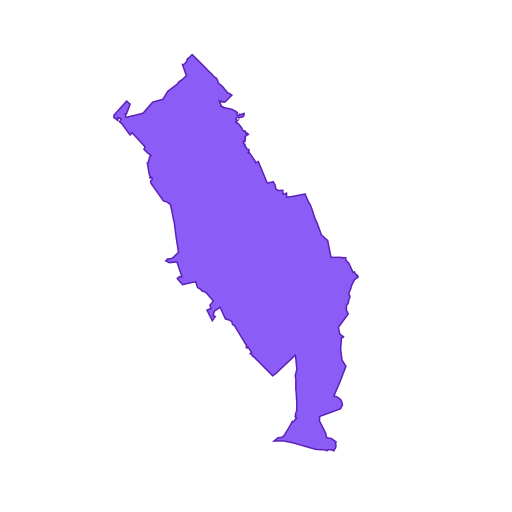 El Marqués, Querétaro, Mexico (Equal Earth projection), rotated 155°
{"feature_id": "50627088B31267515785152", "entity_name": "El Marqués", "entity_type": "district", "adm_level": 2, "iso_a3": "MEX", "parent_name": "Mexico", "parent_adm1": "Querétaro", "projection": "equal_earth", "projection_center": [-100.296, 20.736], "detail": "fine", "context": "isolated", "style": "filled", "palette": "violet", "viewbox_px": 512, "rotation_deg": 155, "n_neighbors": 0, "source": "geoboundaries", "source_scale": "gbopen_adm2", "svg_char_len": 5888}
<svg xmlns="http://www.w3.org/2000/svg" viewBox="0 0 512 512"><g transform="rotate(155 256 256)"><path d="M279.6,53.3L276.3,51.7L275.2,50.8L274.6,50.0L273.8,49.6L272.0,49.8L270.4,49.0L267.6,46.5L266.8,47.6L265.7,47.9L264.8,48.6L263.9,49.9L263.4,51.1L262.9,52.9L262.0,53.6L264.7,58.6L267.8,60.7L268.8,62.2L267.7,65.8L268.1,77.3L268.2,79.9L267.9,80.2L267.6,80.8L266.9,82.0L266.3,83.7L243.9,81.8L240.6,84.5L240.1,86.3L239.9,88.5L240.0,90.2L241.0,92.3L242.6,94.5L244.5,96.1L243.8,96.7L243.3,97.4L234.1,105.5L221.1,118.0L222.0,125.4L220.6,129.7L220.0,131.7L218.7,135.7L214.1,144.0L212.9,145.8L212.8,145.7L212.4,145.5L211.8,145.7L211.7,145.6L211.4,145.9L211.0,145.7L210.8,145.8L213.0,149.7L211.5,156.5L196.9,164.5L196.9,169.4L196.1,170.3L195.3,172.2L194.8,173.0L192.5,174.1L192.0,174.7L191.8,175.1L191.6,175.4L191.5,175.6L191.1,176.2L189.8,177.7L188.6,178.5L188.0,179.7L187.8,182.2L187.4,183.3L183.6,186.6L182.7,188.1L180.0,190.4L176.7,192.9L174.1,193.5L172.7,193.6L172.9,194.1L173.1,194.2L172.8,194.5L172.2,194.6L172.3,195.6L172.6,195.6L172.7,196.1L173.0,196.5L172.9,196.7L173.0,197.1L173.5,198.4L173.6,199.2L173.5,200.0L175.0,200.2L174.9,210.1L176.3,213.9L175.4,216.6L178.6,218.0L179.4,218.8L188.6,223.1L184.5,239.7L187.8,247.3L186.7,259.9L186.8,260.0L186.7,261.9L186.6,266.5L185.6,273.4L185.2,279.7L185.6,283.3L185.4,289.9L185.2,290.7L185.2,291.4L198.3,294.7L203.4,296.3L201.7,300.1L201.8,300.2L203.3,300.1L205.4,300.5L204.0,304.3L206.1,305.1L207.4,305.3L209.7,308.2L209.2,310.0L208.8,312.4L208.8,313.4L208.9,316.0L215.0,317.3L214.9,319.6L214.0,340.7L217.0,340.6L216.9,341.6L216.7,342.4L216.8,343.7L217.0,344.3L218.5,353.0L219.0,352.9L218.9,352.8L219.1,352.7L219.2,353.3L218.8,353.4L218.8,353.5L218.1,353.8L218.0,354.2L217.7,354.5L217.8,354.6L217.7,354.9L217.6,355.8L218.1,356.0L218.4,356.1L218.7,356.4L218.9,356.7L219.0,357.2L219.0,358.2L219.1,358.9L219.3,359.5L219.8,360.3L219.9,361.0L218.9,361.2L218.9,361.4L219.1,361.3L219.6,364.1L218.9,365.3L218.5,364.6L217.9,364.4L217.7,364.4L217.3,364.7L217.3,365.0L217.0,365.5L216.9,365.8L216.7,366.3L216.5,366.5L216.2,366.4L216.0,366.7L216.0,367.0L215.9,367.5L216.0,367.7L216.1,367.9L215.7,368.1L215.6,368.4L215.3,368.7L215.1,368.9L214.5,369.0L213.9,369.3L213.5,369.2L213.3,369.4L213.1,369.5L213.0,369.4L212.8,369.4L212.5,369.4L212.3,369.4L212.0,369.5L211.6,369.4L211.9,370.8L213.1,370.6L213.2,371.2L213.4,371.2L213.4,371.6L213.2,371.6L213.3,371.9L212.9,372.0L213.2,373.2L213.0,373.3L213.2,373.6L213.2,373.9L213.4,373.9L213.6,374.2L214.0,374.1L214.2,374.4L214.9,376.0L215.0,377.0L214.9,377.3L214.9,377.9L215.0,379.1L215.9,382.7L216.5,384.3L217.0,384.7L217.5,384.9L217.5,385.0L217.3,385.0L217.4,385.5L217.4,386.1L215.3,386.7L215.6,386.8L215.9,387.1L216.1,387.3L216.3,387.7L216.4,388.3L216.3,388.8L216.3,389.0L216.0,389.3L214.6,389.7L214.2,389.5L213.8,388.9L213.5,388.7L213.0,388.4L212.5,388.3L211.4,388.3L209.4,387.8L208.7,387.8L207.9,388.2L207.3,388.8L206.9,389.6L206.6,390.3L210.4,390.7L211.0,391.5L211.4,390.8L211.6,390.7L212.3,390.4L213.3,391.4L213.2,392.2L213.3,392.9L213.2,393.1L212.3,393.6L212.4,394.1L213.2,395.6L215.2,398.3L217.4,400.5L217.8,400.6L218.1,400.6L218.2,400.9L221.4,403.4L222.3,404.0L223.1,405.0L222.9,405.0L223.9,406.3L224.1,406.9L224.3,406.8L224.2,407.1L224.0,407.3L223.9,408.1L223.8,409.7L223.7,412.0L222.8,410.6L222.1,411.1L222.0,410.8L221.1,409.6L220.0,409.5L219.9,408.9L218.6,408.8L209.9,412.0L210.7,413.1L211.0,413.8L211.1,414.1L212.9,416.0L213.4,419.0L213.8,419.6L214.0,420.0L214.0,420.9L214.2,421.6L214.2,422.2L214.4,422.7L214.5,423.3L215.1,424.4L215.2,424.5L215.5,425.7L216.1,426.8L216.3,427.2L216.5,427.4L216.8,428.1L216.8,428.7L216.8,429.3L216.6,431.8L216.7,433.7L216.9,434.2L217.8,435.5L218.2,436.2L219.8,441.3L220.6,442.9L221.5,445.7L222.4,448.4L228.7,465.5L230.8,464.8L231.4,464.4L234.7,463.7L234.9,463.6L236.7,461.6L237.3,461.1L237.6,461.0L238.1,461.1L238.8,460.5L239.7,460.3L241.0,460.2L241.7,460.6L242.0,457.8L242.9,448.8L248.6,447.0L252.1,446.5L255.0,445.0L266.5,442.5L273.8,437.6L274.1,437.4L284.7,439.1L297.9,433.2L300.5,433.6L302.7,434.0L315.3,436.6L314.3,440.2L313.4,439.5L305.9,446.8L307.8,451.1L325.1,443.7L326.4,441.6L325.9,441.1L324.0,437.2L322.8,439.8L320.2,437.4L322.9,435.2L321.8,432.8L321.5,431.8L319.9,423.4L319.6,421.7L318.8,418.9L316.2,420.0L310.4,401.7L312.5,400.0L310.6,395.0L308.7,391.2L310.7,390.7L311.6,389.3L313.9,386.8L314.0,386.2L315.2,386.3L318.1,375.7L318.6,371.9L319.1,371.8L319.0,371.4L318.7,371.3L317.8,371.2L317.7,371.7L317.2,371.1L317.2,370.1L318.2,369.0L319.6,368.7L320.5,366.6L317.8,351.7L316.6,345.0L313.9,342.7L311.8,338.7L314.8,326.1L316.1,320.3L320.5,306.6L324.7,292.1L330.5,290.1L332.0,289.5L333.8,289.4L336.6,290.4L338.0,290.6L338.3,290.2L339.8,289.7L337.5,286.7L335.0,285.7L330.2,284.1L331.9,268.4L334.1,269.7L336.9,268.9L334.7,261.1L321.5,258.2L322.3,252.1L320.3,249.3L319.8,247.3L317.5,244.9L316.3,243.0L315.8,240.7L313.7,233.2L318.6,230.8L318.7,229.4L319.1,227.5L323.3,227.7L323.0,215.8L318.5,218.4L320.0,220.2L317.0,223.7L313.5,224.1L311.8,224.4L310.7,224.6L310.2,224.8L310.2,220.3L310.3,218.3L310.3,212.9L310.2,212.9L310.3,211.8L307.7,209.6L306.6,208.2L305.8,206.9L305.7,206.5L305.8,205.7L306.1,204.9L306.1,203.8L306.1,203.6L305.7,203.2L305.3,202.7L305.0,202.5L302.4,178.4L302.9,178.1L303.3,177.6L303.5,176.9L302.9,176.4L302.5,176.3L302.3,176.4L302.1,176.7L301.7,176.8L300.8,170.7L301.1,170.5L302.6,169.9L302.4,169.6L301.9,169.4L301.4,168.8L301.2,168.6L301.4,168.3L301.5,167.7L301.5,166.8L301.4,166.7L301.0,166.1L300.1,164.2L291.5,140.3L287.2,141.3L262.3,149.5L262.6,148.1L266.9,136.0L269.5,132.8L271.0,130.9L271.3,130.0L272.0,127.5L276.3,118.2L276.5,117.7L276.6,117.1L281.5,104.6L284.7,98.3L286.4,96.8L287.6,95.2L287.4,94.7L288.5,93.7L287.5,92.2L290.1,91.0L291.9,89.8L292.8,90.8L299.0,86.3L307.1,81.0L310.2,80.9L312.6,82.0L317.9,80.7L309.2,76.8L300.8,70.5L288.8,60.0L285.3,57.1L283.7,55.6L279.6,53.3Z" fill="#8b5cf6" stroke="#5b21b6" stroke-width="1.5"/></g></svg>